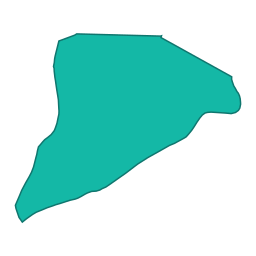 the district of Grande Riviere/Morne Elwin, Gros Islet, Saint Lucia
{"feature_id": "8701671B886545295565", "entity_name": "Grande Riviere/Morne Elwin", "entity_type": "district", "adm_level": 2, "iso_a3": "LCA", "parent_name": "Saint Lucia", "parent_adm1": "Gros Islet", "projection": "equal_earth", "projection_center": [-60.956, 14.029], "detail": "fine", "context": "isolated", "style": "filled", "palette": "teal", "viewbox_px": 256, "rotation_deg": 0, "n_neighbors": 0, "source": "geoboundaries", "source_scale": "gbopen_adm2", "svg_char_len": 1325}
<svg xmlns="http://www.w3.org/2000/svg" viewBox="0 0 256 256"><path d="M161.5,35.8L160.5,36.1L76.7,33.9L74.6,35.2L58.9,41.0L56.2,51.8L55.1,56.3L54.6,59.0L54.3,62.5L53.5,66.5L54.1,68.4L54.2,71.1L54.9,77.2L55.5,80.8L56.2,85.8L56.9,90.5L57.8,96.0L58.4,99.9L58.6,104.1L58.8,108.0L59.0,110.9L58.9,114.1L57.9,118.7L57.0,123.2L55.5,127.6L54.3,130.6L51.2,134.6L47.8,137.4L44.7,139.7L42.7,141.9L40.1,145.0L38.5,146.8L37.5,150.6L36.8,154.4L36.0,157.3L34.9,161.7L34.4,163.7L33.5,167.1L31.5,172.3L29.1,176.9L25.6,183.0L21.7,190.4L19.9,194.8L15.4,205.3L16.0,208.5L19.0,217.4L22.3,222.1L26.8,218.5L32.6,214.4L36.3,212.2L42.5,209.7L47.2,207.7L52.6,205.9L55.8,204.7L60.0,203.5L69.8,200.3L75.1,199.1L77.9,198.1L81.0,196.5L85.1,194.1L87.5,192.9L91.7,191.4L96.2,191.1L99.9,190.0L102.0,188.7L105.9,187.0L111.3,183.3L118.1,178.5L125.8,173.1L137.6,164.1L147.8,157.6L162.1,149.6L169.5,145.4L174.6,143.3L177.3,141.8L180.3,140.2L182.1,139.2L184.6,137.8L186.2,136.8L188.5,134.2L191.7,130.3L194.0,126.9L195.2,125.0L197.0,122.1L199.9,117.9L202.3,115.0L205.1,113.0L207.5,112.4L211.0,112.1L226.2,113.1L231.2,113.6L235.5,112.5L238.4,110.4L239.8,108.1L240.6,104.2L240.5,102.0L240.2,98.8L239.5,95.9L238.3,93.2L237.0,91.6L235.2,88.2L233.8,86.0L232.4,82.0L231.6,79.3L231.7,76.8L161.0,37.6L161.5,35.8Z" fill="#14b8a6" stroke="#0f766e" stroke-width="1.5"/></svg>